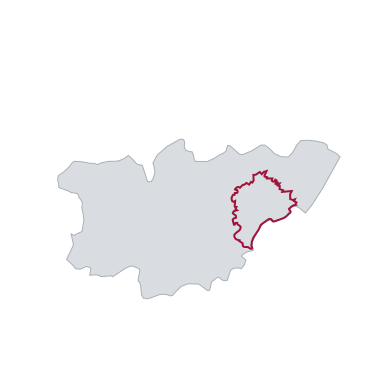 Belgium, with East Flanders highlighted, rotated 145°
{"feature_id": "BEL-3478", "entity_name": "East Flanders", "entity_type": "Province", "adm_level": 1, "iso_a3": "BEL", "parent_name": "Belgium", "parent_adm1": "", "projection": "equal_earth", "projection_center": [3.869, 51.045], "detail": "fine", "context": "in_parent", "style": "outline", "palette": "rose", "viewbox_px": 384, "rotation_deg": 145, "n_neighbors": 0, "source": "natural_earth", "source_scale": "10m", "svg_char_len": 3823}
<svg xmlns="http://www.w3.org/2000/svg" viewBox="0 0 384 384"><g transform="rotate(145 192 192)"><path d="M175.3,109.0L181.1,111.3L186.1,111.8L188.3,110.8L186.9,105.2L191.0,102.2L195.6,100.9L197.6,103.3L201.8,105.7L205.1,105.8L214.0,99.3L216.1,100.6L218.0,102.9L218.4,104.7L218.8,106.7L220.8,107.5L227.8,107.1L231.3,103.6L234.1,101.4L236.2,102.9L237.3,107.1L239.3,112.7L247.7,119.0L254.8,120.8L263.5,119.5L266.9,118.4L269.3,119.3L271.6,122.6L276.7,126.4L287.2,129.1L290.5,130.6L292.8,133.2L292.2,136.8L287.2,145.9L286.6,148.6L287.3,149.5L286.3,151.2L279.9,157.3L279.3,159.4L281.5,162.9L283.4,165.8L287.3,167.2L291.0,167.7L298.0,167.9L305.5,168.1L306.4,169.8L314.8,174.7L317.4,178.7L323.5,182.5L318.6,187.3L319.4,189.4L321.2,191.6L328.0,192.9L331.4,196.0L331.7,200.8L333.4,208.7L319.5,216.6L315.7,225.3L315.3,227.1L314.9,226.8L313.3,223.9L310.7,223.9L304.9,222.7L296.9,230.6L293.4,237.2L291.3,242.1L288.0,246.0L287.4,250.2L287.9,251.9L286.8,254.2L286.8,256.5L291.5,261.2L292.7,263.7L298.5,272.0L296.7,275.0L295.4,278.3L293.8,280.6L291.9,282.1L286.0,282.0L278.5,283.0L273.5,284.6L270.9,284.7L265.5,280.5L259.4,274.3L255.5,271.4L253.8,268.8L249.1,267.8L242.3,264.7L237.6,261.4L233.6,259.3L227.9,258.3L223.2,258.4L221.8,252.9L221.2,246.5L217.4,242.3L222.5,225.7L219.4,224.0L216.0,225.4L211.1,229.3L208.8,234.0L207.4,238.2L199.2,242.2L186.2,243.6L171.9,242.2L169.9,241.1L169.0,239.9L169.0,238.4L170.0,236.2L172.5,233.5L173.1,229.6L170.5,226.2L168.9,224.9L169.5,221.7L171.4,217.6L171.8,215.3L162.1,208.2L155.1,206.9L148.4,206.6L143.3,205.8L140.3,206.2L138.1,208.2L135.9,209.7L134.3,207.9L131.3,195.5L129.0,193.6L120.3,191.6L108.4,190.8L105.3,188.5L103.6,183.0L102.5,176.3L98.7,169.8L96.7,168.2L93.1,165.4L87.0,166.6L79.5,170.3L75.1,171.3L73.5,171.7L67.6,168.1L61.0,162.4L55.7,156.4L54.5,153.1L56.1,149.0L54.2,145.9L51.4,140.3L50.6,135.8L82.6,120.2L102.1,112.2L111.2,109.8L113.4,117.8L115.0,120.4L117.2,122.0L120.1,122.4L123.4,120.4L128.0,118.3L135.5,119.3L140.9,121.2L142.8,123.2L146.4,125.1L151.6,125.6L161.7,121.9L171.4,116.4L174.2,112.5L175.3,109.0Z" fill="#d9dde1" stroke="#a8b0b8" stroke-width="1"/><path d="M114.7,122.1L116.4,122.8L118.8,123.0L122.2,122.6L122.5,121.7L122.3,120.5L122.4,119.4L123.2,118.8L124.3,118.6L125.5,118.5L128.4,118.0L130.2,117.9L132.1,118.1L141.0,120.5L142.4,121.2L142.8,122.4L142.6,123.5L142.8,124.4L143.9,125.5L144.8,125.8L153.4,125.7L155.1,125.3L158.4,123.2L167.5,119.6L171.1,117.3L174.0,114.2L174.4,113.3L174.9,111.1L175.0,110.7L175.0,110.8L176.4,111.8L177.0,112.7L177.5,114.4L178.7,115.6L180.1,116.5L181.0,117.4L181.2,118.0L181.3,118.5L181.1,119.2L180.7,119.8L180.4,120.0L179.9,120.9L181.5,124.9L180.8,125.2L182.6,127.3L183.0,128.4L183.2,129.1L182.9,131.1L182.0,132.6L179.0,133.3L176.1,133.3L174.6,133.6L173.3,134.3L172.4,135.2L172.1,135.6L172.2,136.0L172.3,136.8L172.6,137.7L173.0,138.7L173.2,139.8L172.8,140.7L172.7,140.8L173.6,141.4L174.4,141.7L175.8,140.7L176.4,141.3L174.7,145.8L173.1,146.4L170.7,145.7L169.6,147.6L170.6,150.2L170.6,151.4L168.9,152.3L165.5,151.2L166.2,153.0L164.2,154.2L165.3,154.9L165.2,155.9L161.8,159.9L163.7,160.2L164.3,161.5L163.3,164.2L161.1,165.7L159.8,166.1L158.8,165.3L157.5,166.6L155.6,165.4L154.7,165.8L153.8,167.4L155.3,169.1L155.2,169.6L152.8,170.1L151.1,169.6L150.3,168.0L146.2,168.7L145.2,168.0L142.2,168.2L141.0,165.3L137.8,166.4L137.1,165.1L134.9,166.1L131.9,170.8L129.9,169.6L125.0,169.5L124.6,166.6L121.6,167.3L118.9,166.4L123.5,163.7L123.7,163.0L122.0,161.1L123.0,160.2L118.4,157.0L120.2,155.6L119.6,153.9L118.4,153.5L116.7,154.3L116.1,153.0L117.1,152.2L116.6,151.2L118.3,151.4L118.8,151.0L117.7,150.1L119.2,150.1L115.6,148.7L117.9,147.9L116.7,146.5L118.6,144.2L116.4,141.2L118.0,140.3L109.7,135.6L112.9,133.9L115.6,129.9L113.9,127.5L111.9,127.0L113.7,126.0L112.4,123.5L114.8,122.3L114.7,122.1Z" fill="none" stroke="#9f1239" stroke-width="2"/></g></svg>